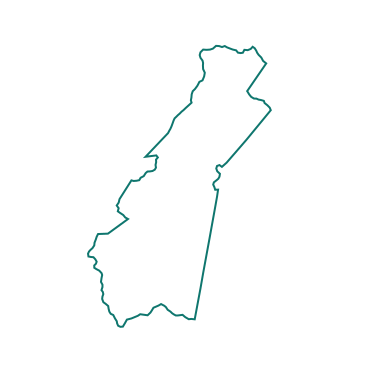 Paramoti, Ceará, Brazil, rotated 312°
{"feature_id": "56859067B60810447740053", "entity_name": "Paramoti", "entity_type": "district", "adm_level": 2, "iso_a3": "BRA", "parent_name": "Brazil", "parent_adm1": "Ceará", "projection": "mercator", "projection_center": [-39.374, -4.17], "detail": "fine", "context": "isolated", "style": "outline", "palette": "teal", "viewbox_px": 384, "rotation_deg": 312, "n_neighbors": 0, "source": "geoboundaries", "source_scale": "gbopen_adm2", "svg_char_len": 2366}
<svg xmlns="http://www.w3.org/2000/svg" viewBox="0 0 384 384"><g transform="rotate(312 192 192)"><path d="M219.8,134.8L187.1,133.9L195.3,141.0L194.8,143.5L192.0,143.6L190.2,145.4L187.7,146.8L186.0,148.9L183.7,149.4L181.2,148.6L179.2,147.0L177.4,145.2L175.1,144.9L171.5,145.5L168.2,144.3L165.5,144.9L163.3,143.3L161.1,141.2L160.1,139.2L138.2,142.9L135.1,144.6L131.6,145.1L130.9,148.3L128.0,149.8L128.3,152.3L128.9,156.4L128.4,159.4L129.1,162.5L104.8,157.4L97.9,150.3L95.0,151.1L92.3,152.3L89.1,153.5L86.9,155.1L83.7,155.6L81.0,155.3L78.8,155.3L76.6,156.0L74.8,158.2L76.1,160.4L77.6,162.4L77.3,165.2L76.4,167.8L74.4,168.6L72.0,168.5L70.3,170.1L70.7,172.5L71.5,175.7L71.2,179.1L70.2,180.8L67.6,182.3L64.3,184.5L63.2,187.5L61.4,189.1L58.5,190.4L58.1,192.5L56.8,194.4L54.4,195.4L52.4,196.8L50.8,199.9L51.1,202.6L51.2,206.0L49.4,208.2L47.8,210.6L47.1,213.1L47.9,215.8L46.5,219.4L45.6,222.6L44.3,224.2L43.2,226.6L43.9,229.0L45.7,230.7L49.8,229.9L53.6,229.0L57.5,231.6L63.8,234.6L66.5,235.3L68.8,238.7L70.7,241.5L74.6,241.8L77.2,241.4L80.2,240.8L85.2,243.1L88.0,244.0L88.9,247.5L89.0,249.6L88.2,252.7L88.7,256.0L88.6,258.4L88.9,260.5L89.4,262.6L90.9,264.2L94.4,267.2L94.5,270.7L95.3,274.7L97.2,276.4L99.2,279.2L126.2,262.7L139.6,254.3L169.2,236.1L193.6,221.0L205.5,213.6L211.2,209.8L209.2,207.7L210.6,205.4L211.7,202.8L213.8,201.8L216.7,202.3L219.4,202.7L221.7,202.2L224.2,200.6L224.3,196.9L225.7,194.3L228.1,193.2L230.4,194.4L230.7,197.4L236.9,198.1L267.5,197.5L305.5,195.8L306.7,193.3L306.9,190.0L306.7,186.4L307.8,184.4L306.5,181.7L305.2,179.6L304.5,177.4L302.9,175.5L302.3,172.3L302.8,169.2L303.9,165.5L337.2,161.1L337.0,157.1L338.3,153.5L338.5,149.7L339.1,147.2L340.0,145.2L340.8,142.4L340.5,139.9L337.6,139.9L334.7,138.5L332.7,135.8L329.5,136.6L327.8,135.2L326.3,132.9L326.8,130.0L325.1,126.9L324.0,124.1L322.9,121.2L322.4,118.7L319.8,117.3L318.6,114.5L316.7,112.1L312.5,111.6L309.9,110.1L307.4,107.7L305.3,105.0L301.5,104.8L298.9,106.1L297.4,108.5L296.7,111.9L295.3,113.9L293.3,115.5L290.8,118.0L289.2,121.7L286.0,123.7L282.0,125.1L278.8,123.8L274.6,124.9L270.5,125.3L267.4,125.1L264.4,126.4L261.6,128.5L259.4,129.8L258.1,131.9L255.9,131.7L253.0,131.4L250.1,131.1L247.2,130.9L244.7,130.5L242.0,130.4L239.7,130.1L237.5,130.0L235.1,129.8L232.8,130.5L230.4,131.5L226.9,132.9L224.4,133.7L222.4,134.1L219.8,134.8Z" fill="none" stroke="#0f766e" stroke-width="2"/></g></svg>